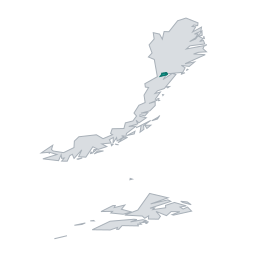 Stjørdal nor, Nord-Trøndelag, Norway (highlighted), rotated 170°
{"feature_id": "86288312B10441547296233", "entity_name": "Stjørdal nor", "entity_type": "district", "adm_level": 2, "iso_a3": "NOR", "parent_name": "Norway", "parent_adm1": "Nord-Trøndelag", "projection": "natural_earth1", "projection_center": [11.003, 63.463], "detail": "fine", "context": "in_parent", "style": "filled", "palette": "teal", "viewbox_px": 256, "rotation_deg": 170, "n_neighbors": 0, "source": "geoboundaries", "source_scale": "gbopen_adm2", "svg_char_len": 4524}
<svg xmlns="http://www.w3.org/2000/svg" viewBox="0 0 256 256"><g transform="rotate(170 128 128)"><path d="M154.4,121.8L144.4,124.1L146.1,125.6L143.7,130.0L132.1,128.2L129.7,133.5L121.9,134.1L117.5,138.3L119.5,141.7L113.3,148.5L106.7,150.1L106.5,157.6L100.7,164.3L103.8,165.3L103.7,168.7L90.2,173.4L90.2,190.9L95.6,194.4L91.3,197.7L92.8,206.2L86.8,211.1L86.6,217.5L80.6,215.0L78.8,209.5L75.7,216.7L71.0,215.7L60.5,225.0L51.8,226.2L40.8,219.4L41.6,216.7L45.2,218.0L47.2,216.8L43.7,215.9L47.7,211.4L38.1,214.6L39.5,210.6L46.3,209.0L42.7,208.5L45.9,205.0L52.3,202.4L46.0,203.9L38.3,210.7L38.9,206.4L42.5,206.1L38.5,203.0L42.4,200.7L38.5,201.2L37.8,197.4L52.7,198.2L56.9,195.7L38.6,195.9L40.4,193.1L37.5,189.4L45.4,190.3L50.6,189.5L39.2,186.8L60.7,181.4L50.9,181.5L57.0,178.0L64.6,180.4L61.3,177.4L64.4,173.3L80.1,174.6L85.1,169.6L75.0,174.1L71.5,172.4L85.3,160.6L92.5,159.5L95.4,157.3L89.8,157.8L96.1,151.7L94.4,150.3L103.1,148.5L96.7,149.2L97.3,145.4L103.5,141.1L112.6,140.4L105.8,139.7L109.3,137.0L113.8,139.0L114.4,137.5L108.2,134.9L116.4,131.1L118.6,134.2L117.7,130.3L127.0,129.4L119.8,128.4L130.5,122.9L131.4,120.1L135.6,121.5L133.8,119.9L141.0,117.1L140.9,120.5L145.3,115.9L144.1,121.2L148.4,119.7L147.3,116.2L156.6,116.9L152.1,113.4L161.0,112.1L165.9,115.6L174.6,106.6L181.6,108.3L177.3,114.5L186.4,107.4L187.4,111.8L190.1,110.9L193.6,105.9L199.1,106.9L196.0,109.5L198.6,109.6L198.5,113.2L202.1,107.9L217.2,112.4L202.6,114.2L209.3,117.7L217.8,118.5L205.1,124.1L207.1,120.1L205.6,118.3L195.7,114.9L184.6,118.1L183.1,124.4L177.9,127.9L160.3,126.8L154.4,121.8ZM113.8,32.9L123.7,34.8L122.9,37.9L127.2,36.2L129.2,38.8L146.3,42.8L132.6,45.5L118.1,59.8L100.7,52.3L118.9,49.3L101.2,50.3L98.6,48.3L120.3,45.2L115.7,44.6L117.7,43.3L104.7,42.9L104.5,45.3L95.2,46.6L84.1,41.2L90.5,41.1L87.8,38.6L83.1,39.8L79.8,35.1L98.3,34.3L99.7,35.0L91.4,36.5L100.0,38.2L105.3,35.0L114.9,41.0L111.4,35.4L113.8,32.9ZM134.8,29.8L150.8,32.9L154.7,29.8L156.7,30.2L155.7,31.9L163.3,30.7L180.9,34.0L161.8,39.3L138.0,37.1L135.1,36.3L141.8,35.1L129.2,35.1L126.2,33.8L129.8,33.0L124.0,32.2L132.7,32.4L131.6,30.9L135.1,31.6L134.8,29.8ZM147.8,43.9L159.7,47.3L157.7,48.6L169.1,50.4L156.4,54.2L154.0,53.9L155.4,52.0L144.4,52.7L148.6,49.1L139.3,44.8L147.8,43.9ZM114.6,128.2L120.0,126.8L104.3,131.5L112.2,127.7L112.6,123.9L116.9,121.8L114.6,128.2ZM122.9,121.1L130.2,120.8L121.7,123.6L122.9,121.1ZM130.0,118.9L140.4,115.3L135.0,119.1L130.0,118.9ZM79.1,41.5L86.9,45.1L88.8,46.7L82.5,44.9L79.1,41.5ZM109.5,124.3L110.9,127.7L105.0,126.8L109.5,124.3ZM165.8,108.3L161.9,110.7L156.1,109.7L162.7,109.2L165.8,108.3ZM166.7,110.0L165.1,112.8L162.6,112.1L166.7,110.0ZM97.7,131.7L103.4,131.0L97.2,133.2L97.7,131.7ZM219.3,31.8L206.8,32.5L219.7,31.7L219.3,31.8ZM190.2,41.0L197.7,41.5L186.5,41.9L190.2,41.0ZM178.3,106.4L182.4,105.8L183.9,106.3L178.3,106.4ZM169.4,109.3L168.6,110.8L167.4,109.5L169.4,109.3ZM147.3,113.4L147.4,114.9L145.7,114.4L147.3,113.4ZM135.1,76.7L134.6,78.0L132.6,76.9L135.1,76.7ZM181.3,43.1L177.8,42.9L177.4,42.4L181.3,43.1ZM81.9,160.6L83.1,161.9L79.9,161.6L81.9,160.6ZM140.2,113.1L142.3,113.7L143.6,114.5L140.2,113.1ZM126.2,30.7L127.6,31.5L125.4,31.2L126.2,30.7ZM65.9,172.4L62.3,172.5L66.1,171.7L65.9,172.4ZM60.7,174.5L59.4,175.6L58.8,175.1L60.7,174.5ZM96.3,133.6L94.5,134.8L96.5,132.7L96.3,133.6ZM37.9,203.5L37.4,205.3L37.2,203.0L37.9,203.5ZM92.9,150.6L92.1,149.6L93.2,149.6L92.9,150.6ZM210.1,116.3L209.8,117.5L209.6,117.3L210.1,116.3ZM93.9,151.6L91.9,151.8L94.3,151.3L93.9,151.6ZM88.0,153.9L88.2,154.9L87.2,154.6L88.0,153.9ZM37.2,195.8L36.3,196.9L36.5,196.0L37.2,195.8Z" fill="#d9dde1" stroke="#a8b0b8" stroke-width="1"/><path d="M87.0,173.4L86.9,173.4L86.7,173.4L86.4,173.4L86.2,173.4L86.1,173.5L85.9,173.5L85.8,173.4L85.7,173.4L84.8,173.6L84.6,173.6L83.5,173.6L83.4,173.6L83.2,173.6L82.9,173.6L82.7,173.6L82.2,173.7L81.9,173.6L81.3,173.7L81.2,173.7L81.2,173.8L80.9,173.8L80.7,173.9L80.4,173.9L80.2,173.9L80.1,174.0L80.0,174.3L80.3,174.4L80.3,174.5L80.5,174.5L80.8,174.5L81.0,174.5L80.9,174.6L81.0,174.6L80.9,174.7L81.0,174.7L81.1,174.8L81.1,174.7L81.0,174.8L80.9,174.8L80.7,174.8L80.8,174.9L80.8,175.0L80.7,175.0L80.8,175.0L80.8,175.3L80.7,175.6L80.8,175.6L80.7,175.6L81.2,175.8L81.5,175.9L81.8,175.8L82.1,175.8L82.1,175.7L82.5,175.7L82.8,175.8L82.8,175.7L83.0,175.7L83.3,175.7L83.5,175.7L83.8,175.7L85.1,175.9L85.5,175.1L85.6,174.7L85.8,174.4L86.2,174.1L86.4,173.9L86.7,173.7L86.8,173.6L87.0,173.4ZM80.9,175.6L81.0,175.7L80.9,175.7L80.9,175.6ZM80.8,175.7L80.7,175.7L80.8,175.7L80.8,175.7Z" fill="#14b8a6" stroke="#0f766e" stroke-width="1.5"/></g></svg>